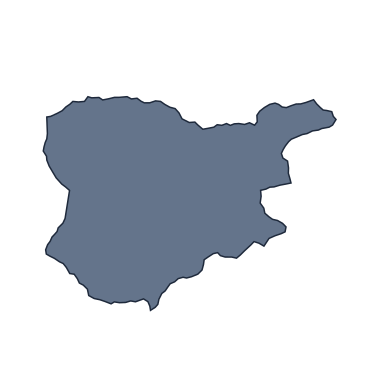 Buritizal, São Paulo, Brazil (Albers equal-area conic projection), rotated 171°
{"feature_id": "56859067B17767714911841", "entity_name": "Buritizal", "entity_type": "district", "adm_level": 2, "iso_a3": "BRA", "parent_name": "Brazil", "parent_adm1": "São Paulo", "projection": "albers", "projection_center": [-47.71, -20.205], "detail": "fine", "context": "isolated", "style": "filled", "palette": "slate", "viewbox_px": 384, "rotation_deg": 171, "n_neighbors": 0, "source": "geoboundaries", "source_scale": "gbopen_adm2", "svg_char_len": 2303}
<svg xmlns="http://www.w3.org/2000/svg" viewBox="0 0 384 384"><g transform="rotate(171 192 192)"><path d="M38.4,241.1L40.6,244.6L41.4,249.5L46.1,251.4L49.6,252.4L52.1,255.4L55.1,259.5L57.5,264.1L65.4,262.6L70.9,262.0L75.4,262.6L80.7,261.7L85.6,260.6L89.6,261.8L92.8,265.0L96.1,266.8L101.5,266.4L107.3,264.1L112.5,261.2L115.9,257.6L116.6,251.1L119.7,248.2L124.4,251.4L129.5,250.5L135.1,252.3L139.7,252.7L143.7,251.8L147.2,254.2L152.1,253.2L156.6,254.5L160.3,252.6L166.2,252.4L171.5,252.3L175.7,257.2L178.2,260.6L183.9,261.1L190.4,265.8L192.5,272.2L195.6,277.0L200.6,279.2L205.1,282.7L208.9,286.4L213.8,287.7L219.8,286.7L225.1,287.5L228.1,289.6L231.6,293.2L237.3,293.4L241.2,296.3L249.3,296.9L253.8,297.6L259.9,297.1L265.8,296.9L269.1,299.9L276.3,300.7L279.9,302.4L284.0,298.3L290.1,298.7L295.5,300.1L298.9,297.8L303.3,295.7L307.5,292.6L312.7,290.8L319.8,288.8L323.7,288.8L324.3,283.8L325.1,277.3L325.7,272.3L327.1,267.2L329.2,263.9L331.1,259.7L332.5,255.7L330.1,250.1L330.4,246.2L329.0,239.9L326.5,233.6L323.9,227.1L319.4,220.2L316.1,216.8L312.7,212.7L321.5,185.7L324.4,181.4L329.8,177.5L331.4,174.1L334.4,171.6L337.3,169.4L339.8,165.5L342.8,162.6L345.6,157.8L345.6,153.5L342.4,150.9L338.3,148.0L333.8,143.8L330.4,141.5L327.9,137.1L325.5,130.6L321.2,129.2L318.8,124.3L317.5,119.7L313.9,117.0L310.5,112.4L310.2,105.9L305.3,102.1L299.8,100.0L295.1,97.5L289.4,94.2L285.9,95.6L280.9,94.0L274.9,93.3L269.6,94.0L265.0,92.4L256.6,94.0L252.7,90.6L251.5,85.8L251.5,81.6L246.3,83.9L243.3,86.4L241.5,91.2L237.7,96.5L234.0,98.5L230.6,102.1L227.9,104.8L223.2,106.0L219.2,108.6L214.2,109.2L210.8,107.9L205.7,108.4L199.0,110.0L194.3,113.4L192.0,118.6L190.6,123.2L186.2,125.3L180.6,127.8L176.2,128.1L173.9,124.7L169.5,122.6L162.9,121.5L158.4,119.7L154.2,122.2L149.2,125.8L142.3,130.4L138.5,133.3L133.9,131.0L129.4,127.3L123.2,134.1L116.9,135.8L110.4,136.9L106.3,138.1L104.6,142.8L107.5,146.9L112.0,150.5L116.7,152.4L120.0,155.6L123.4,159.7L123.6,164.8L126.4,170.4L124.4,177.0L124.0,182.9L118.5,183.3L114.4,184.6L110.2,184.2L104.1,185.0L97.3,185.2L92.8,185.4L93.2,189.8L93.9,195.4L92.9,200.7L92.8,207.6L96.9,211.3L97.7,216.1L95.3,219.7L92.6,222.9L88.7,226.6L85.7,228.6L74.0,231.5L69.2,231.7L63.4,233.5L57.5,233.4L53.9,234.4L46.4,234.6L42.7,236.1L38.4,241.1Z" fill="#64748b" stroke="#1e293b" stroke-width="1.5"/></g></svg>